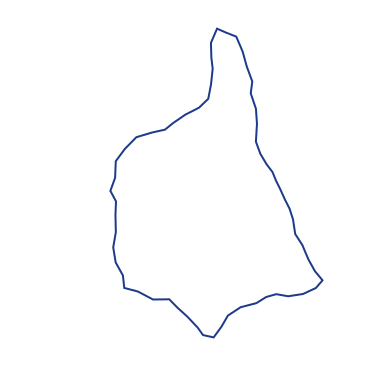 Mário Campos, Minas Gerais, Brazil (Mercator projection), rotated 249°
{"feature_id": "56859067B45501918730434", "entity_name": "Mário Campos", "entity_type": "district", "adm_level": 2, "iso_a3": "BRA", "parent_name": "Brazil", "parent_adm1": "Minas Gerais", "projection": "mercator", "projection_center": [-44.175, -20.074], "detail": "fine", "context": "isolated", "style": "outline", "palette": "blue", "viewbox_px": 384, "rotation_deg": 249, "n_neighbors": 0, "source": "geoboundaries", "source_scale": "gbopen_adm2", "svg_char_len": 901}
<svg xmlns="http://www.w3.org/2000/svg" viewBox="0 0 384 384"><g transform="rotate(249 192 192)"><path d="M105.6,117.1L100.0,132.3L88.7,137.2L77.5,142.9L63.4,148.7L54.5,151.0L48.5,160.1L55.6,171.1L63.8,181.3L67.0,196.1L65.2,212.4L67.4,223.7L66.4,234.1L60.2,244.4L57.0,259.1L58.0,273.3L62.8,282.2L74.0,278.4L87.3,276.5L103.0,276.0L115.8,273.3L130.3,276.5L141.4,277.1L152.2,276.0L162.9,275.4L172.5,274.5L181.8,274.3L191.0,271.6L203.1,269.5L216.1,269.7L232.4,277.1L246.7,281.5L263.1,282.2L273.6,287.9L289.5,288.1L304.9,289.6L321.2,289.0L328.6,280.9L335.5,273.9L324.4,263.1L310.4,258.2L299.7,255.5L285.6,248.3L273.2,240.6L268.2,228.8L266.6,213.5L263.1,198.9L259.9,189.1L261.9,175.6L263.1,159.7L256.3,144.8L248.1,131.9L232.8,125.3L222.3,116.2L210.5,117.7L198.2,112.4L181.8,106.5L168.5,98.6L153.6,95.5L138.9,97.6L126.7,94.4L118.5,105.8L105.6,117.1Z" fill="none" stroke="#1e3a8a" stroke-width="2"/></g></svg>